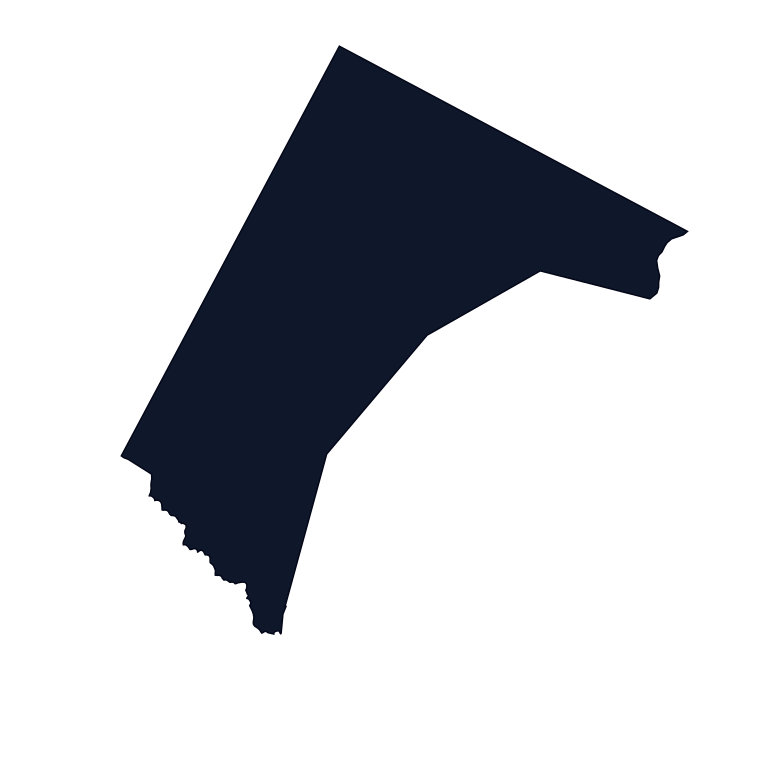 outline of Nsork, Wele-Nzás, Equatorial Guinea, rotated 208°
{"feature_id": "11065452B58050641555743", "entity_name": "Nsork", "entity_type": "district", "adm_level": 2, "iso_a3": "GNQ", "parent_name": "Equatorial Guinea", "parent_adm1": "Wele-Nzás", "projection": "albers", "projection_center": [11.202, 1.263], "detail": "fine", "context": "isolated", "style": "filled", "palette": "ink", "viewbox_px": 768, "rotation_deg": 208, "n_neighbors": 0, "source": "geoboundaries", "source_scale": "gbopen_adm2", "svg_char_len": 5367}
<svg xmlns="http://www.w3.org/2000/svg" viewBox="0 0 768 768"><g transform="rotate(208 384 384)"><path d="M189.2,584.0L185.8,592.4L186.9,598.2L189.3,602.9L191.3,608.7L196.9,615.0L201.3,621.1L202.0,626.2L200.6,631.1L200.8,637.5L200.4,641.7L198.3,647.1L189.8,656.2L187.7,661.2L582.0,661.3L582.2,197.2L579.0,196.8L574.8,197.4L546.9,195.3L544.5,191.2L543.4,187.9L542.4,185.5L540.5,182.4L539.9,180.7L539.2,178.9L538.8,175.0L538.7,175.0L538.3,175.3L538.0,175.5L537.9,175.6L537.2,175.8L536.9,175.8L536.7,175.9L535.8,175.8L535.5,175.8L535.3,175.8L534.6,175.6L534.3,175.5L533.4,175.2L532.6,174.7L531.7,173.6L531.1,174.1L530.8,174.3L530.5,174.5L529.1,175.2L528.7,175.3L528.3,175.4L527.0,175.4L526.7,175.3L526.3,175.3L525.6,175.0L525.2,174.7L524.9,174.5L524.3,173.9L524.2,173.8L524.0,173.7L523.5,173.0L523.4,172.9L523.0,172.2L522.7,171.7L522.3,171.1L521.8,170.4L521.7,170.2L521.1,169.1L520.8,168.7L520.7,168.6L519.7,169.0L519.2,169.3L518.7,169.6L517.6,170.2L517.2,170.3L516.8,170.4L516.4,170.5L516.2,170.5L515.5,170.4L515.2,170.3L514.9,170.3L514.4,170.1L514.1,169.9L513.8,169.7L513.4,169.4L513.2,169.3L513.1,169.2L512.5,168.8L511.9,168.5L511.0,168.2L510.7,168.1L509.9,168.2L508.5,168.8L508.4,168.8L507.9,169.0L507.6,169.1L507.3,169.2L507.0,169.3L506.4,169.3L506.0,169.2L505.6,169.2L504.9,168.9L504.7,168.8L504.0,168.4L503.2,168.0L502.6,167.8L502.5,167.7L502.4,167.7L501.8,167.4L501.6,167.2L501.4,167.1L500.9,166.6L500.7,166.4L500.5,166.2L500.3,165.9L499.9,166.0L499.6,166.1L499.1,166.2L498.9,166.2L498.6,166.1L498.1,166.1L497.6,165.8L497.5,165.7L497.0,166.1L496.8,166.2L496.6,166.4L496.1,166.6L495.9,166.6L495.5,166.8L495.1,166.8L494.8,166.8L494.0,166.8L493.8,166.7L493.6,166.7L493.1,166.6L492.3,166.1L492.0,165.7L491.8,165.3L491.5,165.0L491.3,164.2L491.2,164.1L491.0,163.2L491.0,162.9L491.0,161.7L490.9,161.2L490.8,160.6L490.6,160.3L490.2,159.6L489.7,158.8L489.4,158.5L488.6,157.8L488.4,157.6L488.1,157.3L487.7,156.7L487.6,156.4L487.5,156.1L487.4,155.6L487.4,155.4L487.3,152.4L487.2,151.0L486.8,149.7L486.4,148.8L486.2,148.5L486.1,148.4L485.7,147.8L484.6,148.5L484.4,148.6L484.1,148.7L483.7,148.9L482.8,148.9L482.4,148.8L482.0,148.8L481.6,148.7L481.2,148.6L480.7,148.4L480.3,148.3L480.2,148.2L479.4,147.8L479.0,147.7L478.7,147.5L478.4,147.3L478.1,147.0L477.8,146.9L477.6,146.9L477.2,147.0L476.7,147.3L476.0,147.9L475.5,148.4L475.5,148.5L475.4,148.6L474.9,149.1L474.7,149.2L474.6,149.3L474.1,149.7L473.1,150.0L472.5,150.0L472.1,149.9L471.8,149.9L471.4,149.8L471.1,149.6L470.7,149.4L470.4,149.2L470.2,148.9L470.0,148.6L469.7,148.2L469.1,148.9L469.0,149.4L468.9,149.6L468.8,149.8L468.6,150.2L468.5,150.3L468.2,150.8L467.5,151.3L467.4,151.4L467.1,151.5L466.2,151.6L465.7,151.6L465.1,151.4L464.9,151.3L464.7,151.3L464.3,151.1L464.0,150.9L463.7,150.7L463.2,150.2L462.2,149.6L461.6,149.2L461.3,149.5L460.5,149.9L459.6,150.1L459.4,150.2L458.5,150.3L458.0,150.3L457.1,149.9L456.7,149.7L456.4,149.3L455.9,148.7L455.5,148.1L455.4,147.8L455.2,147.6L454.9,147.0L454.9,146.9L454.7,146.5L454.3,145.8L453.9,145.3L453.8,145.0L453.5,144.8L453.5,144.7L452.5,144.4L451.9,144.4L451.7,144.3L451.1,144.2L450.9,144.1L450.2,143.9L449.7,143.8L449.4,143.6L449.0,143.4L448.6,143.1L448.4,142.9L448.1,142.6L447.8,142.4L447.6,142.3L447.4,142.1L447.1,141.9L446.9,141.7L446.7,141.6L446.5,141.3L446.2,141.1L446.0,140.9L445.6,140.5L445.2,140.1L445.1,139.9L444.8,139.5L444.8,139.3L444.6,139.0L444.5,138.5L444.3,137.9L444.1,137.6L443.5,136.6L443.4,136.4L443.2,136.0L442.9,136.1L442.2,136.5L441.7,136.7L441.5,136.8L441.1,136.9L440.4,137.4L440.2,137.5L439.2,137.8L438.9,137.9L438.5,137.9L438.4,137.9L438.2,138.0L437.1,137.7L436.5,137.4L436.3,137.2L436.1,137.1L435.8,136.8L435.5,136.5L435.3,136.5L434.4,136.2L434.2,136.0L433.6,135.8L433.4,135.8L433.2,135.8L432.1,136.6L431.8,136.7L431.6,136.8L431.2,137.0L430.9,137.0L430.7,137.1L430.3,137.1L430.0,137.0L429.7,137.0L429.5,136.9L429.2,136.9L427.1,136.6L426.8,136.7L426.7,136.8L425.6,137.5L425.0,137.9L424.8,137.9L424.6,138.0L424.2,138.2L423.9,138.2L423.6,138.3L423.3,138.3L423.1,138.2L422.9,138.2L422.5,138.1L422.4,138.0L421.7,137.8L421.3,138.0L421.0,138.3L420.8,138.5L420.6,138.8L420.4,139.0L420.1,139.3L419.9,139.6L419.7,139.8L418.8,140.6L418.7,140.6L418.3,140.9L417.9,141.3L416.8,142.0L416.7,142.1L415.4,143.0L415.2,143.0L414.4,143.4L414.2,143.4L414.0,143.5L413.2,143.5L412.3,143.3L411.6,143.0L410.9,142.3L410.0,140.8L409.9,140.6L409.6,140.0L409.6,139.8L409.6,139.7L409.3,138.6L409.2,137.1L408.9,136.8L408.6,136.6L407.1,135.4L406.6,134.9L406.2,134.4L405.6,134.3L405.1,134.2L404.7,133.9L404.5,133.5L404.4,133.0L404.4,132.9L404.6,130.5L404.4,130.3L403.3,130.6L403.2,130.6L402.5,130.6L402.1,130.5L401.9,130.4L399.4,128.9L399.0,128.5L398.9,128.3L398.7,127.9L398.6,127.4L398.5,125.2L397.3,124.4L394.3,122.2L394.2,122.2L391.6,119.8L391.3,119.5L389.2,116.7L389.0,116.2L388.2,114.0L387.5,112.1L386.6,110.7L384.6,109.5L383.3,109.4L381.0,109.2L380.9,109.2L380.7,109.2L378.4,108.5L378.1,108.4L376.0,107.2L374.9,106.7L374.4,107.4L373.2,109.4L372.7,109.8L372.3,110.1L371.8,110.2L371.4,110.2L371.1,110.2L370.0,109.9L363.9,111.5L364.2,112.2L364.4,112.8L364.3,113.4L364.2,113.9L363.8,114.4L362.2,116.0L361.9,116.2L361.6,116.3L361.4,116.4L360.9,116.5L360.4,116.4L360.1,116.3L359.8,116.1L358.1,114.9L358.0,115.0L357.8,115.6L365.2,133.4L366.1,141.5L366.9,141.0L401.7,295.2L368.9,447.3L299.2,557.2L226.7,574.9L189.2,584.0Z" fill="#0f172a" stroke="#020617" stroke-width="1.5"/></g></svg>